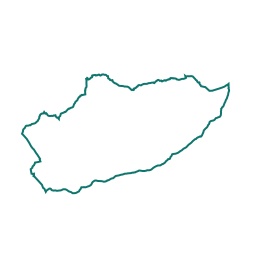 Pesceana, Vâlcea, Romania (Robinson projection), rotated 82°
{"feature_id": "2599482B54913622805817", "entity_name": "Pesceana", "entity_type": "district", "adm_level": 2, "iso_a3": "ROU", "parent_name": "Romania", "parent_adm1": "Vâlcea", "projection": "robinson", "projection_center": [24.119, 44.892], "detail": "fine", "context": "isolated", "style": "outline", "palette": "teal", "viewbox_px": 256, "rotation_deg": 82, "n_neighbors": 0, "source": "geoboundaries", "source_scale": "gbopen_adm2", "svg_char_len": 5701}
<svg xmlns="http://www.w3.org/2000/svg" viewBox="0 0 256 256"><g transform="rotate(82 128 128)"><path d="M179.8,218.3L179.1,217.8L178.4,217.0L177.9,216.1L177.6,215.2L177.1,214.4L177.1,213.6L177.5,212.9L178.8,212.3L179.2,211.7L179.3,211.1L179.6,210.6L179.7,208.6L180.3,207.1L180.4,203.2L180.3,202.5L179.9,201.6L179.7,200.7L179.7,200.1L180.0,198.5L180.6,197.5L182.6,195.3L183.6,193.2L184.7,192.1L184.9,191.8L185.1,190.4L185.1,188.7L183.9,185.3L182.8,184.6L181.9,183.5L180.5,182.6L180.2,182.4L180.2,181.9L180.5,180.8L180.4,179.7L180.7,179.1L180.8,178.6L180.7,177.5L180.3,175.9L180.2,174.8L179.3,172.7L178.3,171.8L177.0,171.0L176.4,170.2L175.5,168.4L175.5,167.2L175.6,166.7L176.2,165.5L177.0,161.4L177.3,160.6L177.8,159.5L177.9,158.7L177.7,157.6L177.8,157.5L177.5,156.4L177.0,155.9L177.0,154.6L176.6,153.5L176.2,152.7L176.0,152.1L175.8,151.8L175.6,149.7L175.2,148.9L174.6,148.2L173.8,146.8L173.7,144.8L173.7,143.7L173.3,141.4L173.3,139.8L172.8,137.4L173.0,136.0L172.9,134.7L173.0,132.4L173.1,131.4L172.8,130.0L173.0,129.0L172.8,128.1L173.0,127.3L172.6,126.4L172.1,124.1L171.7,123.1L171.8,122.1L172.6,119.6L172.9,117.6L172.8,115.8L172.5,114.9L172.8,112.7L172.7,111.8L172.3,110.5L171.1,108.7L170.2,106.8L169.3,104.0L169.5,101.3L169.4,100.9L168.5,99.0L168.4,98.0L167.2,95.9L166.4,95.3L165.6,94.1L165.2,93.3L164.4,92.6L164.5,91.3L164.2,90.7L162.7,90.0L161.8,88.9L160.1,87.8L160.1,86.8L160.0,86.0L160.1,84.5L159.6,82.2L159.1,81.1L158.1,79.3L157.6,77.9L156.3,76.0L155.2,73.0L153.0,70.3L151.4,67.4L150.0,65.7L148.6,63.5L148.4,63.0L148.4,62.3L147.6,61.3L147.2,60.6L146.6,58.5L146.3,57.7L146.7,57.2L146.6,56.7L145.5,55.7L142.4,53.8L141.0,53.3L139.4,51.4L138.4,49.8L137.9,49.3L136.9,48.6L136.4,48.4L135.5,47.3L134.9,46.9L133.5,46.4L133.2,46.1L132.6,44.8L132.4,42.1L131.9,41.1L130.5,39.7L130.4,38.6L130.0,37.4L129.7,35.7L129.5,35.3L128.2,34.3L125.7,33.7L124.5,33.7L123.4,33.2L122.0,33.1L121.4,32.4L120.7,32.0L120.2,31.1L119.7,30.5L116.6,28.8L115.6,28.0L113.9,27.2L112.5,26.0L110.3,25.0L109.2,24.3L106.8,23.6L106.0,23.1L105.1,22.7L103.8,22.7L102.7,23.0L102.2,22.6L100.7,22.7L100.1,22.6L99.7,22.4L98.3,22.3L98.9,23.2L99.6,25.1L100.2,26.1L100.6,27.3L101.0,29.0L101.6,32.1L102.8,39.4L102.5,42.2L98.3,45.7L96.8,49.8L95.7,50.2L95.7,50.3L94.5,50.9L93.6,51.1L93.2,50.9L92.8,51.0L92.8,52.1L92.7,52.2L92.1,52.6L91.7,53.0L90.6,53.2L89.9,54.1L88.9,54.6L88.0,55.3L86.6,56.2L86.0,56.7L85.6,57.6L85.4,58.4L85.3,60.4L85.0,61.4L85.0,62.9L84.8,63.6L84.4,64.0L85.5,63.9L86.4,63.6L86.7,64.1L86.9,65.3L87.1,66.0L86.9,67.5L86.9,68.0L87.4,70.1L87.3,71.4L86.8,72.4L86.6,73.1L86.2,73.2L86.0,73.4L85.7,73.8L85.6,74.2L85.4,74.6L85.4,75.2L85.3,75.4L85.3,75.9L84.8,76.5L84.8,76.9L85.0,77.4L84.4,78.5L84.7,79.3L85.0,79.6L85.5,79.7L85.6,79.9L85.6,80.3L85.4,80.8L85.7,81.3L85.6,82.0L85.9,82.6L86.0,83.4L86.4,83.8L86.4,84.1L86.0,84.5L86.1,85.0L85.8,85.4L86.1,86.3L86.2,86.7L86.5,87.3L86.6,87.9L86.5,88.0L86.0,88.1L85.7,88.4L85.6,88.6L85.8,89.8L84.8,90.9L84.6,91.3L84.6,91.7L85.1,92.8L85.5,93.2L85.6,93.8L87.2,95.7L87.1,96.0L86.7,96.2L86.5,96.4L86.6,96.7L86.4,97.8L86.5,99.2L86.6,99.5L86.5,101.5L86.9,103.0L86.7,104.7L86.6,105.5L86.6,106.4L87.1,108.2L87.6,109.2L87.1,110.8L87.1,111.7L87.6,112.3L88.3,112.8L88.4,113.1L88.3,113.5L89.6,115.0L89.6,116.3L90.0,116.7L90.6,116.7L91.1,117.0L91.2,117.4L90.7,118.1L90.7,118.5L91.0,118.9L90.7,119.3L89.5,120.2L87.8,121.6L87.2,122.4L87.0,122.8L86.9,123.5L86.6,124.5L86.5,125.6L85.8,127.1L85.2,129.9L84.9,130.9L84.4,131.6L83.4,132.3L83.0,133.1L82.2,133.8L82.0,134.1L81.8,134.9L80.4,136.2L79.9,136.5L79.4,136.7L78.5,136.7L78.4,136.8L78.7,137.4L78.7,137.6L78.3,138.1L78.0,139.0L77.8,139.2L77.0,139.4L76.1,140.7L75.1,140.6L73.9,140.6L73.7,141.5L72.7,142.1L72.2,142.7L72.1,143.8L71.5,145.0L71.4,146.2L71.8,146.8L71.9,147.3L72.2,147.7L72.2,148.1L71.9,148.5L71.2,149.0L71.1,149.4L71.1,150.0L71.4,150.5L71.5,151.3L71.3,151.9L71.6,152.4L71.6,152.5L71.2,152.8L70.9,153.1L70.9,155.5L71.1,156.2L72.2,156.2L72.7,156.5L72.9,156.9L72.9,157.6L74.2,159.2L74.3,159.4L74.2,160.1L74.5,160.7L74.4,160.9L73.7,160.9L72.9,161.2L72.7,161.5L73.4,162.1L73.5,162.6L75.4,162.5L77.5,162.9L80.7,163.2L81.9,163.6L82.7,164.5L85.0,165.1L85.0,165.3L88.8,165.6L88.9,168.0L89.1,168.3L88.9,168.8L88.8,169.2L89.4,169.9L89.3,170.6L90.3,171.3L90.4,171.8L90.8,172.4L92.3,173.7L93.3,174.2L93.8,174.9L94.3,175.5L94.5,176.1L94.9,176.5L96.1,177.2L96.9,178.1L99.3,179.3L99.6,179.7L99.9,180.6L100.1,182.2L100.7,183.2L100.8,183.6L100.6,184.0L100.7,184.3L103.4,187.7L103.3,188.6L103.8,189.4L103.9,190.1L104.2,191.2L104.2,191.8L104.4,192.3L104.6,192.6L106.6,193.4L107.5,194.6L108.0,194.9L109.5,195.2L107.9,196.3L107.9,196.7L107.7,197.2L107.5,197.3L106.4,197.9L105.3,198.1L105.5,199.0L105.2,199.5L105.4,200.3L105.6,200.6L105.6,200.8L105.5,201.6L105.3,201.9L105.3,203.5L105.0,204.7L104.3,205.7L102.5,206.5L102.0,206.9L101.9,207.0L102.0,207.3L101.9,207.8L102.1,208.0L100.5,208.8L100.9,209.1L101.1,209.1L101.4,209.3L101.6,209.9L101.9,210.2L101.7,211.0L101.8,211.5L102.1,212.0L102.2,212.5L102.8,213.2L103.5,213.4L104.3,214.2L106.2,214.6L107.1,215.5L108.4,216.3L109.5,218.1L110.1,218.8L110.3,219.2L110.5,220.2L110.7,222.8L111.7,224.3L111.5,225.0L111.8,226.4L111.7,227.1L111.6,228.4L111.7,228.6L112.0,229.1L113.4,230.0L114.8,231.8L115.2,232.1L116.6,232.4L119.0,233.7L120.5,232.6L124.7,229.8L128.9,227.9L132.7,226.5L135.0,225.2L136.0,224.3L140.0,222.5L141.6,221.6L146.3,219.4L146.8,219.8L148.9,219.4L149.2,222.0L149.3,224.9L150.3,225.3L151.3,226.0L151.7,226.2L152.7,227.7L153.1,228.0L154.0,228.2L155.3,230.1L159.8,229.9L160.0,229.2L160.6,228.5L160.1,228.6L160.2,227.7L160.5,227.7L160.4,227.5L160.8,227.5L161.5,228.0L162.0,227.7L162.5,228.2L163.5,227.1L172.3,221.1L175.2,220.5L175.6,220.3L176.4,219.3L179.8,218.3Z" fill="none" stroke="#0f766e" stroke-width="2"/></g></svg>